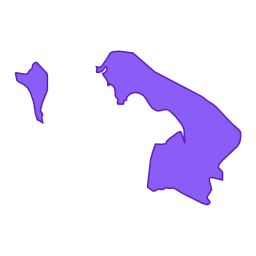 map outline of Kiên Giang (orthographic projection)
{"feature_id": "VNM-502", "entity_name": "Kiên Giang", "entity_type": "Province", "adm_level": 1, "iso_a3": "VNM", "parent_name": "Vietnam", "parent_adm1": "", "projection": "orthographic", "projection_center": [104.707, 9.97], "detail": "fine", "context": "isolated", "style": "filled", "palette": "violet", "viewbox_px": 256, "rotation_deg": 0, "n_neighbors": 0, "source": "natural_earth", "source_scale": "10m", "svg_char_len": 2179}
<svg xmlns="http://www.w3.org/2000/svg" viewBox="0 0 256 256"><path d="M119.7,51.3L129.7,52.6L132.9,53.0L154.7,71.9L202.1,96.7L206.3,100.1L213.2,104.5L216.8,107.6L226.4,117.9L232.6,124.4L235.3,126.5L239.3,130.3L240.3,131.8L240.6,133.4L240.6,136.3L240.3,139.8L239.4,143.1L237.4,146.3L221.9,160.9L219.1,164.4L218.3,166.9L219.0,168.3L220.4,169.5L222.6,172.4L222.5,180.0L213.4,177.8L211.0,177.5L209.6,178.2L209.1,179.9L211.1,187.1L211.5,189.7L210.2,192.1L207.7,195.8L207.2,197.4L207.8,199.1L209.6,201.3L210.0,202.0L209.8,202.8L209.4,203.6L207.4,204.7L202.2,203.2L181.7,192.9L175.3,188.8L173.1,188.0L169.3,188.4L167.2,188.0L165.8,187.8L164.6,188.3L163.9,189.1L162.9,189.4L161.3,189.6L158.3,189.1L154.6,191.0L153.5,191.1L152.8,190.8L147.7,187.3L147.6,187.2L147.8,184.3L150.6,159.5L152.7,152.0L155.5,144.1L161.7,144.3L165.8,143.8L166.7,141.4L168.9,139.1L177.2,132.9L180.1,131.6L181.4,132.6L181.8,134.8L185.0,143.3L185.0,141.4L184.2,136.3L184.2,130.3L183.3,127.4L181.6,124.3L175.5,116.4L170.2,111.3L167.6,109.8L165.0,109.5L159.7,110.8L156.5,110.7L152.2,108.1L149.1,103.9L146.4,99.3L143.7,95.7L139.3,93.1L134.8,92.4L130.6,93.7L127.1,96.7L126.7,98.0L126.7,99.2L126.4,100.1L124.9,100.5L124.0,101.0L123.5,103.7L123.0,104.2L118.4,104.0L118.0,104.2L117.3,103.0L117.5,102.1L118.0,101.1L118.0,99.5L117.4,98.6L115.6,96.6L115.2,95.3L115.2,91.6L114.7,88.4L113.5,86.5L109.7,83.6L109.2,84.5L109.0,84.9L108.9,85.5L107.9,85.5L107.7,81.8L106.3,79.2L103.4,75.3L102.7,73.5L103.1,73.2L104.1,73.2L105.2,72.4L106.2,70.9L106.9,69.5L106.9,68.2L106.2,66.8L105.2,66.8L104.1,68.9L102.7,70.6L101.0,71.7L98.8,72.4L96.7,72.2L96.6,70.7L97.0,68.5L96.4,66.8L98.8,67.3L100.7,67.0L102.1,65.7L107.7,57.5L108.8,55.4L110.1,53.4L111.8,52.1L113.9,51.6L119.7,51.3ZM46.9,73.4L47.4,75.7L47.4,90.1L42.1,103.3L40.4,110.7L42.7,114.4L41.8,117.3L41.8,118.9L42.3,120.4L42.7,122.7L40.5,121.5L40.0,120.9L37.3,119.7L35.5,113.7L33.7,102.2L30.2,92.0L27.5,87.6L23.7,84.4L18.6,81.8L16.9,80.1L15.8,74.7L15.4,73.2L16.1,72.8L24.5,74.1L27.1,73.9L28.2,72.8L28.5,72.2L30.0,70.1L30.5,69.6L31.7,69.1L32.2,67.8L32.4,66.2L32.8,64.9L33.8,63.6L35.1,62.6L36.6,62.4L38.3,64.0L37.3,63.1L46.9,73.4Z" fill="#8b5cf6" stroke="#5b21b6" stroke-width="1.5"/></svg>